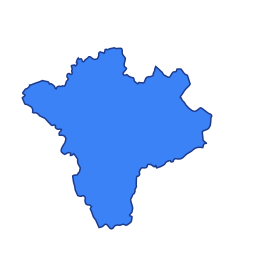 map outline of Lipetsk (orthographic projection), rotated 62°
{"feature_id": "RUS-2363", "entity_name": "Lipetsk", "entity_type": "Region", "adm_level": 1, "iso_a3": "RUS", "parent_name": "Russia", "parent_adm1": "", "projection": "orthographic", "projection_center": [38.959, 52.736], "detail": "fine", "context": "isolated", "style": "filled", "palette": "blue", "viewbox_px": 256, "rotation_deg": 62, "n_neighbors": 0, "source": "natural_earth", "source_scale": "10m", "svg_char_len": 5811}
<svg xmlns="http://www.w3.org/2000/svg" viewBox="0 0 256 256"><g transform="rotate(62 128 128)"><path d="M180.4,71.2L178.8,73.5L178.0,75.3L177.7,76.3L177.5,77.4L177.5,79.1L177.7,80.6L178.2,82.7L178.3,83.7L178.5,87.5L178.6,88.7L179.8,93.1L180.0,94.2L180.0,94.9L179.8,96.4L179.1,97.9L177.1,101.0L177.6,102.6L178.0,103.1L178.6,103.6L178.8,104.1L178.7,104.7L178.4,105.5L178.1,105.9L177.6,106.0L176.8,105.9L176.5,106.3L176.2,107.3L176.0,108.9L176.0,110.1L176.3,111.2L177.0,112.2L177.2,112.9L177.4,114.0L177.4,117.6L176.9,119.7L176.9,120.6L176.7,121.4L175.5,121.5L174.5,121.0L174.3,121.2L174.2,121.6L174.6,122.4L174.5,123.0L174.0,123.5L171.1,124.8L169.6,127.2L169.5,127.7L169.8,128.1L170.9,129.1L171.3,129.6L171.4,130.3L171.4,130.9L171.3,131.5L171.1,131.9L169.9,133.9L169.7,134.3L169.7,135.1L170.0,135.9L171.3,137.9L171.8,138.4L172.8,138.9L174.3,139.4L174.7,139.8L175.1,140.5L175.2,141.1L175.3,141.5L174.9,142.8L175.4,143.4L176.4,144.2L181.8,147.3L183.5,148.0L184.1,148.6L186.0,151.1L187.4,151.6L188.8,153.4L188.9,154.9L189.1,155.2L190.4,156.6L191.9,158.9L193.6,159.8L199.9,161.1L201.3,161.7L204.1,164.0L204.5,164.9L205.4,167.2L205.7,167.5L206.1,167.6L206.5,167.5L207.8,166.2L208.2,166.1L208.6,166.3L211.6,168.5L212.4,169.6L212.7,170.6L213.0,172.8L213.1,174.0L213.1,174.7L212.9,175.3L212.4,176.0L211.0,177.0L210.6,177.5L210.2,180.2L210.0,180.9L208.6,183.1L208.4,183.8L208.2,185.0L208.3,186.1L209.3,188.1L209.4,188.6L209.4,189.6L209.0,190.4L207.7,191.1L203.9,191.8L203.3,192.1L202.6,192.7L202.4,193.2L202.3,193.9L202.6,195.2L202.9,196.3L203.0,197.5L202.3,200.3L194.4,199.7L190.3,200.3L183.7,199.3L182.6,199.5L181.3,199.0L180.3,197.1L178.3,197.8L177.6,198.6L177.3,199.2L176.9,199.7L175.9,200.5L175.1,200.8L174.5,200.8L172.5,200.3L171.3,199.8L170.2,198.7L169.3,198.5L168.3,198.4L167.0,199.0L166.5,199.5L166.4,199.8L166.5,201.0L166.2,201.6L165.8,202.2L164.7,203.6L164.3,203.9L163.9,204.1L158.3,203.7L154.0,202.3L150.2,201.5L144.4,199.4L144.3,198.2L144.5,197.4L145.3,195.6L145.4,194.9L145.4,194.6L144.3,192.7L144.0,191.6L143.7,191.2L141.9,189.8L141.5,189.2L140.4,188.8L136.3,188.9L134.0,188.3L132.0,187.1L131.1,187.1L126.3,187.7L125.1,188.2L125.6,189.1L125.7,189.9L125.5,191.0L125.2,191.7L123.3,190.5L122.1,191.4L121.5,193.2L121.7,195.5L121.5,196.3L120.2,197.2L117.9,198.0L117.1,197.9L116.5,197.6L115.5,196.9L114.2,195.3L113.3,194.0L111.8,191.3L111.1,190.3L109.0,188.3L108.4,188.0L107.8,187.8L106.4,187.7L105.7,187.8L104.7,188.3L104.0,188.9L103.2,189.9L102.2,192.0L100.9,191.7L100.1,191.1L99.6,190.3L99.1,188.9L98.5,187.8L98.3,187.6L98.0,187.5L97.6,187.8L97.0,188.5L96.8,189.0L96.5,190.2L96.0,190.7L95.6,191.1L94.2,191.8L93.3,191.8L92.9,191.7L92.2,191.0L91.5,191.0L91.1,191.2L90.7,191.8L90.4,192.7L90.1,193.8L89.6,194.2L88.8,194.6L80.5,196.8L75.6,200.4L74.2,200.5L71.7,201.8L71.0,202.6L70.6,203.7L70.1,204.5L69.7,204.8L69.4,204.9L68.4,204.2L66.7,203.4L64.7,203.3L64.2,203.4L60.2,205.8L58.8,207.5L58.1,207.8L51.8,207.2L51.6,207.0L51.2,204.1L50.7,203.5L49.7,203.7L48.7,204.4L48.0,204.6L47.6,204.4L47.3,204.1L45.7,200.8L45.5,200.2L45.8,198.8L45.5,197.0L44.9,195.4L44.6,195.0L43.9,194.8L44.5,192.9L44.7,190.4L45.7,184.1L45.9,181.3L47.8,179.2L49.1,177.5L50.0,176.7L50.7,176.5L52.1,176.8L52.4,176.7L52.5,175.5L52.8,175.1L53.5,174.7L55.8,173.6L57.0,173.4L58.9,173.6L59.7,173.1L58.5,171.3L58.4,170.6L58.8,169.0L59.6,168.2L59.9,167.6L60.0,167.2L60.0,166.0L60.8,165.2L61.1,164.5L60.9,163.9L60.6,163.2L58.1,160.7L57.8,160.2L57.5,159.2L56.8,157.9L55.8,157.6L54.6,157.9L54.1,157.9L52.3,156.6L52.1,156.3L52.0,155.9L52.0,155.3L52.2,154.4L52.7,154.0L53.6,153.8L53.8,153.6L53.9,153.4L54.0,152.4L53.8,152.0L53.6,151.7L52.9,151.3L51.7,151.2L51.1,150.8L49.8,149.7L49.2,149.4L48.7,149.2L48.1,149.3L47.1,149.1L46.5,148.7L46.4,148.1L46.5,147.7L46.9,147.1L47.1,145.9L47.3,145.6L48.2,145.5L48.5,145.3L48.5,144.9L48.4,144.3L47.3,142.4L47.1,142.3L46.6,142.4L46.2,142.9L45.8,142.8L43.7,140.6L42.9,139.1L43.9,139.1L44.1,138.9L44.3,138.5L44.5,137.7L45.1,136.8L45.8,136.7L47.6,137.0L48.4,136.6L48.6,136.3L48.6,135.9L48.5,135.2L48.0,134.5L47.8,134.0L47.6,133.2L47.4,131.3L47.2,130.5L46.7,129.3L46.8,128.9L47.1,128.3L47.7,127.7L50.0,126.8L50.9,126.2L51.6,125.4L52.0,124.8L52.2,124.0L52.4,123.1L52.3,122.3L51.6,121.2L50.3,119.8L48.8,119.1L48.3,118.7L48.0,118.2L47.7,117.5L47.7,117.1L47.8,116.7L48.7,116.1L49.7,114.7L50.7,114.2L50.5,113.4L48.0,111.3L48.3,110.2L49.3,109.2L49.4,108.8L49.4,107.5L49.5,106.7L50.8,102.4L52.0,101.5L52.5,100.8L52.9,99.7L54.0,97.4L54.4,96.8L54.9,96.4L55.6,96.4L57.1,96.8L58.9,97.8L60.2,98.2L61.0,98.2L64.7,97.6L65.3,97.7L65.8,97.9L69.9,101.5L71.5,102.2L72.3,102.3L73.4,101.7L74.2,101.4L74.6,101.3L74.9,101.5L75.1,101.7L76.2,104.2L77.0,106.2L77.7,106.9L78.0,107.0L79.0,106.9L79.7,106.4L80.1,105.8L80.2,104.4L80.3,104.1L80.5,103.9L83.0,102.8L84.0,102.1L86.3,99.7L87.0,99.6L89.5,100.4L93.1,99.1L93.6,98.4L93.0,97.7L93.0,96.9L94.9,94.2L95.4,93.0L95.4,92.7L95.2,92.1L92.7,89.2L92.1,88.0L92.3,86.1L92.6,85.3L93.2,83.9L93.3,83.4L93.4,82.0L93.4,81.5L93.0,80.9L91.9,80.2L91.2,79.4L89.9,77.5L88.6,76.8L86.7,74.6L94.9,71.7L97.2,71.6L97.8,71.5L101.4,69.2L102.1,68.5L102.5,68.0L102.6,67.7L102.5,67.2L102.2,66.4L100.6,63.9L99.9,62.2L100.0,61.1L100.5,60.1L100.7,59.0L100.4,58.5L99.5,57.6L99.0,57.0L100.2,54.6L101.0,53.5L106.1,52.8L107.3,52.4L109.0,51.1L109.5,50.9L118.1,52.4L118.4,52.6L119.4,54.3L120.7,58.8L121.4,60.4L122.3,62.0L123.6,64.4L124.8,66.8L125.4,67.5L125.9,67.6L126.4,67.0L126.8,66.9L128.3,67.2L132.5,66.2L134.9,66.1L138.9,65.0L142.7,63.3L144.4,61.7L144.9,60.4L144.8,58.7L144.6,57.4L144.2,55.2L144.2,54.5L144.8,53.9L146.0,53.2L152.4,50.3L154.7,48.6L156.0,48.2L156.8,48.5L157.2,49.2L158.4,50.3L161.8,52.3L164.3,54.2L164.9,54.9L166.1,56.8L166.3,57.8L166.3,58.9L166.3,59.9L165.9,62.3L166.0,63.9L166.8,64.5L174.3,67.5L178.1,65.9L178.3,66.0L177.7,67.7L178.0,68.9L180.4,71.2Z" fill="#3b82f6" stroke="#1e3a8a" stroke-width="1.5"/></g></svg>